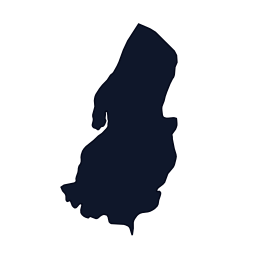 SVG path tracing the border of Khenchela, rotated 192°
{"feature_id": "DZA-2219", "entity_name": "Khenchela", "entity_type": "Province", "adm_level": 1, "iso_a3": "DZA", "parent_name": "Algeria", "parent_adm1": "", "projection": "equal_earth", "projection_center": [7.088, 34.922], "detail": "fine", "context": "isolated", "style": "filled", "palette": "ink", "viewbox_px": 256, "rotation_deg": 192, "n_neighbors": 0, "source": "natural_earth", "source_scale": "10m", "svg_char_len": 2712}
<svg xmlns="http://www.w3.org/2000/svg" viewBox="0 0 256 256"><g transform="rotate(192 128 128)"><path d="M84.1,72.5L82.9,71.7L82.5,70.4L82.6,68.2L83.1,63.8L82.9,59.7L83.4,57.7L85.3,54.8L87.1,53.0L89.1,51.4L91.1,50.3L96.6,48.4L98.8,47.1L100.2,45.7L101.3,44.1L102.8,40.6L103.3,38.8L103.4,36.7L102.1,30.8L101.6,24.1L103.4,27.3L104.8,30.0L105.8,31.3L107.3,32.3L109.9,32.9L112.0,33.1L124.5,31.2L125.5,31.5L126.8,32.4L128.9,37.0L130.5,38.6L133.7,38.7L135.7,37.5L137.3,35.8L138.5,34.1L139.7,33.1L140.7,32.9L146.4,33.8L147.1,33.7L147.5,33.2L147.6,32.9L147.7,32.5L148.1,32.0L148.5,31.9L150.7,32.1L152.6,32.6L154.8,33.8L156.3,35.4L157.0,38.1L156.9,42.9L157.5,44.3L159.3,44.1L160.3,42.9L161.3,40.9L162.2,39.5L163.3,38.9L164.7,39.4L166.2,40.5L168.8,44.5L170.0,45.0L170.8,44.5L171.8,43.7L172.6,43.8L173.5,44.8L174.4,48.6L174.9,49.6L175.8,50.8L178.8,53.0L181.1,56.2L178.6,58.8L168.9,63.0L167.6,64.5L167.6,66.0L168.2,67.5L168.2,69.5L167.6,74.1L167.7,76.2L168.0,78.2L167.9,80.5L166.8,83.1L166.6,85.3L167.0,87.4L167.7,89.7L167.9,92.2L167.5,95.9L166.5,98.6L165.0,101.2L158.9,108.6L155.2,114.0L152.1,117.3L148.7,122.8L148.0,124.5L147.8,125.6L147.9,126.3L148.1,126.9L148.2,127.6L148.3,128.4L148.3,130.0L148.3,130.7L148.5,131.3L149.2,132.5L149.6,133.7L149.8,134.4L150.1,135.7L150.5,137.0L151.5,139.5L151.9,139.9L152.5,140.0L153.3,139.5L153.6,138.8L153.6,138.2L153.1,136.9L153.0,136.3L152.8,134.0L152.7,133.3L152.6,132.6L152.3,132.0L152.0,131.5L151.6,131.0L151.3,130.5L151.3,129.6L151.7,127.0L152.0,126.0L152.4,125.2L152.8,124.7L153.3,124.4L153.9,124.2L154.6,123.8L155.2,123.1L155.9,121.5L156.3,120.7L156.9,120.2L157.4,120.2L159.0,121.0L159.7,121.1L161.1,121.2L161.8,121.4L162.3,121.8L162.8,122.2L163.2,122.8L163.4,123.4L163.5,124.1L163.4,127.3L163.4,128.1L163.5,128.8L163.6,129.5L163.8,130.1L164.4,131.3L164.7,131.9L164.9,132.7L165.1,133.8L164.7,141.1L164.7,141.9L164.8,142.5L166.4,147.7L166.5,148.6L166.6,149.8L166.6,151.8L166.4,153.3L166.1,154.5L163.8,160.6L161.8,164.6L158.1,170.5L156.1,175.7L155.7,176.4L154.4,177.9L154.0,178.5L153.4,179.8L151.4,186.2L150.4,190.5L148.6,203.3L146.3,213.2L139.2,231.9L126.9,229.4L121.1,227.3L98.8,212.9L95.7,209.1L93.8,202.4L94.8,197.4L93.9,190.3L93.9,188.7L94.2,186.9L94.8,185.8L96.3,180.1L97.8,171.4L98.4,166.6L98.5,162.0L99.4,156.4L99.3,154.5L98.7,152.2L97.2,147.8L96.4,146.5L95.8,146.0L95.0,145.6L94.1,145.5L92.7,145.4L91.0,145.7L85.9,147.3L84.6,147.5L82.7,147.3L82.2,145.9L81.3,142.8L80.9,140.9L81.0,139.1L81.4,136.7L83.6,131.8L83.9,130.7L83.0,128.5L82.5,126.4L78.6,117.3L75.7,112.0L75.0,110.0L74.9,107.7L75.1,102.4L75.3,100.8L75.8,99.1L79.7,91.7L81.0,82.6L82.3,80.3L86.1,75.9L87.0,74.0L87.0,72.5L86.5,72.0L85.5,72.0L84.1,72.5Z" fill="#0f172a" stroke="#020617" stroke-width="1.5"/></g></svg>